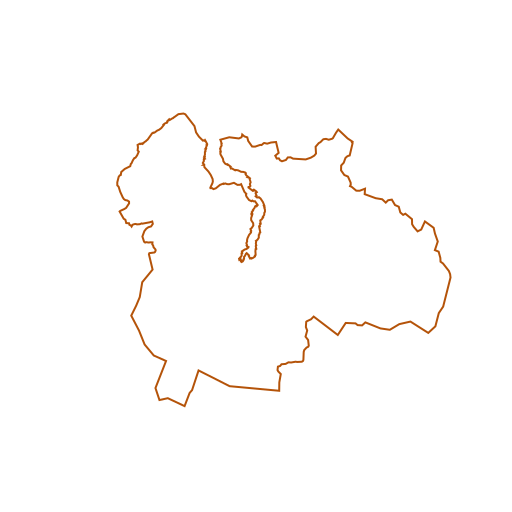 Norddal nor, Møre og Romsdal, Norway (Mercator projection), rotated 55°
{"feature_id": "86288312B15747524615282", "entity_name": "Norddal nor", "entity_type": "district", "adm_level": 2, "iso_a3": "NOR", "parent_name": "Norway", "parent_adm1": "Møre og Romsdal", "projection": "mercator", "projection_center": [7.286, 62.251], "detail": "fine", "context": "isolated", "style": "outline", "palette": "amber", "viewbox_px": 512, "rotation_deg": 55, "n_neighbors": 0, "source": "geoboundaries", "source_scale": "gbopen_adm2", "svg_char_len": 6112}
<svg xmlns="http://www.w3.org/2000/svg" viewBox="0 0 512 512"><g transform="rotate(55 256 256)"><path d="M379.7,314.3L372.9,309.4L366.9,303.4L363.4,304.0L361.8,303.8L359.2,301.5L359.9,299.3L359.3,297.2L361.4,293.6L361.7,290.4L363.4,288.3L365.3,284.2L366.4,283.1L368.9,279.1L368.9,277.6L368.2,276.7L361.9,271.9L360.7,270.4L360.0,267.0L360.3,265.3L359.7,264.2L354.7,261.5L350.5,261.7L346.4,256.8L342.8,255.9L338.7,252.6L338.6,251.9L339.4,247.2L338.7,243.5L367.6,234.3L362.3,220.9L368.3,213.1L370.9,212.4L373.7,208.9L373.1,204.5L386.7,195.6L393.2,188.7L394.0,177.7L398.3,167.1L417.8,159.0L416.5,149.4L407.6,139.0L404.8,131.7L385.2,109.0L382.2,107.4L378.9,106.6L369.4,107.1L366.5,108.1L363.3,106.1L357.2,103.9L353.8,106.1L348.4,98.8L340.2,96.5L334.8,94.3L324.6,97.8L329.1,105.5L328.5,109.5L322.6,110.1L319.5,109.9L315.3,107.1L307.0,109.4L306.7,111.9L303.1,112.8L297.5,110.8L294.0,112.9L287.7,112.4L286.1,115.8L286.7,119.1L281.9,120.1L277.3,124.8L267.7,131.5L263.4,128.1L262.0,133.7L260.0,136.4L254.1,138.0L252.7,138.9L251.8,137.4L250.2,136.4L243.7,135.1L240.3,137.2L234.6,137.2L230.7,134.3L229.9,130.6L227.0,126.5L226.7,124.2L226.9,122.9L227.4,121.6L219.1,112.3L218.0,112.2L218.1,111.5L217.9,111.3L212.3,113.5L199.6,116.1L200.9,119.7L203.6,125.5L203.6,126.4L202.5,129.7L200.2,131.5L199.1,133.6L199.0,134.1L199.7,137.9L199.5,139.8L200.7,144.5L206.5,148.1L207.2,150.7L206.9,154.7L205.4,159.9L197.5,169.8L195.0,171.1L193.5,173.4L194.5,176.4L193.3,180.4L191.4,181.4L189.1,181.3L188.1,183.1L184.9,182.7L184.5,178.3L174.1,174.2L171.6,178.7L170.4,182.4L168.2,184.4L168.0,184.9L168.3,187.8L167.4,188.8L165.9,194.0L164.1,196.4L157.3,196.4L153.8,195.1L151.4,196.9L148.6,197.6L149.9,198.9L150.4,199.9L149.9,202.6L143.4,209.8L140.3,218.5L144.2,219.6L144.2,220.0L145.9,220.9L146.6,222.6L147.6,223.5L147.6,223.9L149.9,224.8L149.9,225.2L150.6,225.2L151.0,226.1L152.4,226.8L157.4,227.3L159.8,228.4L162.7,228.3L164.0,227.6L164.2,227.0L164.9,227.0L164.9,226.6L168.0,225.6L168.0,226.0L170.0,226.4L170.3,225.6L173.9,223.9L173.9,223.2L175.6,221.5L178.5,219.9L179.8,218.2L181.5,216.9L182.4,216.8L182.9,217.6L184.4,217.7L186.9,217.0L186.9,217.5L187.8,216.7L188.9,216.4L189.1,217.0L192.5,218.1L193.6,219.8L195.4,220.4L195.7,221.7L195.2,222.5L195.6,222.9L200.9,221.2L201.1,220.6L200.4,220.4L200.4,219.7L203.3,218.7L204.2,218.7L204.1,220.1L204.4,220.4L206.9,220.9L206.9,222.0L208.5,221.7L209.4,220.6L209.5,219.9L211.5,219.3L215.8,219.4L219.6,220.3L219.4,220.8L221.4,221.2L221.4,221.6L223.2,222.1L224.9,223.3L225.4,224.4L227.0,225.7L228.0,228.2L228.5,228.1L229.3,230.4L229.3,232.1L231.7,233.4L231.7,233.9L232.4,233.8L233.3,236.1L234.0,236.0L234.0,236.7L239.2,239.0L239.3,240.1L240.4,241.0L240.4,241.7L242.6,243.2L243.5,245.4L243.6,247.4L244.1,247.4L245.7,249.0L247.5,249.7L247.5,250.2L248.2,250.8L250.0,251.5L250.0,251.9L250.4,251.9L250.4,252.6L251.8,253.8L254.8,255.6L255.1,256.0L255.0,256.7L255.8,257.1L255.8,259.8L255.5,261.1L255.1,261.1L255.1,261.6L254.4,261.8L254.4,262.3L251.6,261.9L251.4,261.4L248.3,262.0L248.4,262.9L249.6,265.1L249.8,266.2L251.3,267.3L251.5,268.2L252.0,268.2L252.3,268.8L252.8,269.9L252.7,271.1L251.4,271.1L251.4,270.7L251.8,270.6L251.3,270.6L251.3,271.3L250.5,270.9L250.6,271.2L250.3,271.3L250.3,270.7L250.1,270.7L249.8,271.4L249.4,271.4L249.4,271.8L248.5,271.4L248.6,270.9L248.2,270.3L247.9,268.3L247.1,267.2L245.9,266.6L245.9,265.9L245.3,265.9L244.8,264.8L244.1,264.8L244.2,261.5L244.8,259.7L244.7,257.5L244.4,257.0L243.5,257.5L243.5,257.9L242.0,257.7L241.9,257.1L239.9,256.5L239.0,254.9L237.9,254.3L236.6,252.8L234.7,249.5L233.9,246.6L232.8,246.2L232.7,245.5L230.7,245.1L230.6,243.5L229.5,240.7L227.5,239.5L223.9,239.4L222.1,238.2L220.5,236.0L219.8,236.0L219.8,235.6L219.4,235.6L219.4,235.1L218.7,235.2L218.7,234.5L217.6,234.3L217.1,232.3L216.6,232.3L215.8,229.7L214.8,228.1L214.8,227.5L215.1,226.8L215.6,226.8L215.3,225.7L214.9,225.9L214.9,225.4L210.6,225.4L209.8,226.7L208.5,227.2L208.5,228.3L206.1,229.6L201.8,229.7L200.1,229.2L199.6,228.3L196.8,228.7L188.6,227.0L188.5,228.2L187.1,230.4L183.4,232.1L181.8,236.8L180.6,238.4L178.9,239.6L178.5,241.1L178.0,241.1L177.1,244.7L177.5,250.1L176.8,252.5L175.3,253.0L174.3,254.4L173.8,254.2L171.4,250.0L170.2,248.6L168.1,247.4L163.7,246.6L159.5,246.5L153.7,247.3L151.6,246.2L151.3,246.6L151.3,246.1L149.3,246.2L148.3,244.2L147.2,243.6L147.2,242.9L146.5,242.7L146.7,242.2L146.0,242.3L146.0,241.8L145.3,241.6L145.3,241.2L144.9,241.2L144.9,240.7L144.2,240.5L143.7,239.7L141.5,238.2L141.4,237.5L140.8,237.3L139.6,235.5L139.2,235.8L139.1,235.1L138.7,235.1L137.3,232.9L136.9,232.9L137.0,232.5L136.4,231.8L133.3,231.4L131.9,231.3L132.2,232.0L131.3,232.4L131.1,233.3L125.5,234.3L120.4,234.2L114.3,231.9L99.4,232.6L97.7,233.7L95.3,238.2L95.4,244.0L95.9,244.2L95.4,244.2L95.5,244.9L95.3,245.3L95.1,248.7L94.2,248.7L94.7,251.4L95.2,251.3L95.8,252.4L95.2,254.2L95.2,256.0L95.3,256.5L95.8,256.4L96.9,260.2L97.0,263.1L96.6,264.9L96.7,268.2L96.4,269.3L96.0,269.4L95.9,270.7L98.5,278.0L98.6,279.7L98.8,280.4L98.7,282.0L98.9,283.3L98.6,284.2L99.1,284.2L99.1,284.6L98.6,284.6L98.2,286.2L97.4,286.5L97.1,289.3L99.2,290.3L101.6,292.4L103.3,292.2L105.4,295.7L106.3,298.2L106.3,298.7L106.0,299.4L106.9,301.8L108.7,304.9L108.8,305.8L110.3,307.5L109.4,313.6L109.9,318.2L112.1,320.3L111.8,321.4L112.4,323.1L116.1,327.4L118.6,329.1L120.4,328.8L125.5,330.4L131.4,331.5L133.5,331.6L135.2,331.0L136.8,329.5L138.6,328.8L140.1,329.8L142.1,334.8L142.0,336.8L141.2,341.4L141.3,342.2L149.6,343.0L151.4,342.2L154.6,343.4L156.4,341.2L157.8,341.8L159.2,341.0L160.5,341.0L159.6,339.2L160.1,337.4L160.8,336.1L161.8,335.4L163.3,332.9L163.7,331.0L164.3,330.6L167.4,323.8L168.2,321.2L170.5,322.1L171.6,325.0L170.7,327.6L170.7,330.2L171.6,333.2L174.9,337.9L180.1,339.5L181.4,339.1L181.6,338.1L183.5,336.1L184.1,334.8L185.5,333.0L187.0,334.3L188.3,334.2L190.1,334.9L193.0,334.6L194.0,335.1L194.8,336.5L194.8,337.3L192.5,341.7L193.1,342.7L207.8,348.5L212.2,364.2L223.0,374.8L228.0,382.7L233.3,392.4L250.0,394.6L264.6,398.0L278.9,396.8L290.4,389.9L306.5,414.1L318.6,417.7L321.9,409.8L338.0,400.6L330.1,388.9L329.2,385.3L316.8,368.7L347.5,352.3L379.7,314.3Z" fill="none" stroke="#b45309" stroke-width="2"/></g></svg>